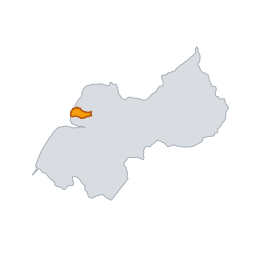 location of Demerara-Mahaica within Guyana, rotated 260°
{"feature_id": "GUY-677", "entity_name": "Demerara-Mahaica", "entity_type": "Region", "adm_level": 1, "iso_a3": "GUY", "parent_name": "Guyana", "parent_adm1": "", "projection": "mercator", "projection_center": [-58.12, 6.456], "detail": "fine", "context": "in_parent", "style": "filled", "palette": "amber", "viewbox_px": 256, "rotation_deg": 260, "n_neighbors": 0, "source": "natural_earth", "source_scale": "10m", "svg_char_len": 4604}
<svg xmlns="http://www.w3.org/2000/svg" viewBox="0 0 256 256"><g transform="rotate(260 128 128)"><path d="M77.9,119.2L72.0,112.6L66.1,106.0L60.3,99.5L59.9,98.6L62.3,95.6L64.5,93.3L66.3,92.1L67.2,91.0L66.5,86.2L66.6,84.5L65.7,82.6L65.1,80.5L65.8,78.8L66.7,77.5L67.9,77.1L70.6,76.7L72.5,76.5L73.2,75.8L74.3,75.0L75.7,74.9L78.6,75.5L79.9,74.4L82.2,73.0L87.5,70.5L88.7,68.9L89.6,66.4L89.5,65.3L88.9,64.8L87.6,64.4L85.6,64.4L84.0,65.0L82.3,64.6L80.9,63.1L80.9,61.8L81.7,60.0L81.2,58.9L78.5,55.1L78.6,54.0L80.5,52.3L81.6,50.9L83.1,47.4L84.3,46.3L87.9,45.9L88.9,45.1L90.8,43.3L93.6,41.2L97.6,39.5L98.8,36.5L99.5,35.7L102.7,34.1L103.3,33.2L103.2,32.5L98.0,25.6L99.0,26.1L103.0,30.5L105.3,31.5L105.7,31.5L105.7,30.4L107.8,30.9L113.0,33.9L120.7,38.9L131.5,48.4L134.5,52.0L136.6,53.7L139.8,57.9L140.7,59.9L140.7,67.9L137.8,73.4L137.1,77.5L137.0,82.9L135.3,86.0L137.5,84.3L138.2,79.4L140.1,76.4L142.5,73.2L145.7,72.4L149.2,73.8L152.0,74.0L154.5,75.0L159.7,80.2L164.9,84.4L166.7,87.7L172.2,89.3L175.4,92.0L176.5,94.2L177.1,100.1L176.0,109.1L176.3,109.5L174.9,111.3L174.6,112.4L173.6,114.4L172.9,115.5L174.0,117.9L175.2,118.0L175.7,118.4L176.0,118.8L175.9,119.4L175.4,119.8L174.3,120.4L173.1,121.9L173.3,123.4L172.6,124.2L170.3,124.7L165.9,124.7L163.7,124.8L162.0,125.1L160.9,126.1L159.4,126.8L158.3,126.9L157.3,128.1L156.3,129.8L156.6,131.0L157.7,132.5L158.3,134.0L157.5,136.6L156.6,138.5L156.1,140.0L155.4,142.9L153.7,146.1L152.5,147.9L152.5,149.8L153.1,152.6L156.6,156.6L157.7,158.6L158.6,161.6L161.7,164.1L163.7,166.1L163.5,168.7L163.8,169.5L165.0,170.1L166.5,170.6L168.1,170.6L169.6,170.4L169.9,170.0L173.3,170.0L173.7,170.6L173.9,174.4L174.0,175.9L174.8,176.5L175.3,177.4L175.3,178.2L175.5,180.3L176.0,181.4L175.9,183.7L176.3,184.5L177.2,185.1L178.4,186.7L178.8,186.9L179.0,187.4L180.1,189.7L180.6,190.4L180.9,190.5L181.1,191.3L181.8,193.4L182.3,194.0L183.3,195.5L183.6,197.2L184.9,199.2L186.2,200.5L186.7,201.9L188.4,205.0L189.9,207.2L192.1,207.8L193.9,208.1L195.0,208.9L196.1,209.8L194.9,210.2L193.8,210.8L192.4,210.3L190.3,210.6L188.2,211.2L186.3,211.5L182.6,210.5L181.5,210.4L180.7,210.0L179.2,208.0L178.4,207.8L176.5,208.7L174.1,209.3L172.9,209.2L171.6,209.9L170.3,210.7L167.9,214.5L166.6,215.8L165.2,216.4L162.5,216.4L159.7,216.5L157.5,217.4L155.5,217.9L154.5,218.0L154.1,220.0L153.7,221.0L153.0,221.5L151.5,221.7L150.0,221.6L149.2,220.8L147.6,220.3L146.2,220.0L145.3,219.5L144.5,219.7L143.9,220.5L143.4,221.2L143.0,222.6L140.9,223.0L140.0,223.8L140.5,226.3L140.2,227.3L139.8,228.1L137.2,228.2L135.0,228.2L133.7,229.1L132.2,230.2L131.2,230.4L130.1,230.3L128.6,229.1L127.1,227.5L123.5,226.4L119.8,225.5L117.5,223.1L116.9,221.9L115.8,221.3L112.9,218.4L111.4,216.5L109.7,216.0L107.8,215.2L107.8,213.9L107.7,212.6L106.9,212.0L105.7,211.7L105.3,211.0L105.4,209.2L105.6,204.8L105.3,200.6L102.7,199.1L101.6,198.1L99.6,191.9L98.7,189.0L98.6,186.9L99.3,180.7L100.0,178.0L102.0,172.6L103.2,170.7L103.3,169.4L103.1,167.6L102.5,164.1L105.9,161.9L107.4,161.0L107.7,159.5L109.5,157.7L110.3,155.9L111.0,154.5L110.8,153.7L110.0,153.3L109.0,152.0L107.1,148.2L106.4,147.4L105.8,146.3L106.1,144.6L106.8,142.8L106.7,142.0L105.6,141.0L103.1,139.4L101.1,139.3L99.5,138.7L97.3,138.6L95.4,138.4L94.4,137.8L94.6,136.8L95.0,136.0L96.6,134.1L97.6,132.0L97.8,130.0L98.1,127.4L98.5,125.1L98.8,122.5L96.3,120.8L95.6,119.4L94.6,118.2L93.5,118.2L91.8,117.6L89.2,119.3L87.2,119.0L85.8,119.6L82.5,119.4L80.4,118.6L77.9,119.2Z" fill="#d9dde1" stroke="#a8b0b8" stroke-width="1"/><path d="M149.2,74.2L149.3,74.2L149.5,73.8L149.7,73.7L152.1,74.0L153.8,74.8L154.4,75.3L155.2,75.9L156.2,76.9L156.4,77.0L156.4,78.6L156.5,79.0L156.7,79.4L156.9,79.8L157.0,80.1L157.0,80.3L156.9,81.1L157.0,81.2L157.0,81.4L157.3,81.8L157.2,81.9L157.0,82.1L156.8,82.1L156.6,82.0L156.4,82.0L156.2,82.0L155.8,82.1L155.7,82.2L155.7,82.5L156.0,83.3L156.0,83.5L155.9,83.9L155.9,84.1L155.7,84.3L155.5,84.5L155.3,84.6L154.5,84.7L154.1,84.8L153.9,84.9L153.7,85.1L153.1,86.0L152.9,86.3L152.6,86.4L152.4,86.5L152.2,86.7L152.0,87.0L151.8,87.3L150.3,91.1L150.3,91.5L150.2,91.9L150.3,93.4L150.5,94.7L150.1,94.7L149.9,94.6L149.0,93.7L148.0,94.0L147.5,94.3L147.2,94.3L146.4,94.0L146.8,93.3L146.9,92.9L146.8,92.6L146.5,91.9L146.4,91.6L146.1,91.1L146.0,90.7L146.0,90.4L146.3,89.9L146.5,89.5L146.6,89.1L146.6,88.8L146.6,88.6L146.2,88.2L145.9,87.9L145.7,87.6L145.5,87.1L145.5,86.8L145.5,86.6L145.5,86.4L145.9,85.7L145.9,85.4L145.9,85.2L145.7,84.6L145.6,84.0L145.6,83.8L145.6,83.7L146.0,83.1L147.0,82.2L147.3,81.8L148.8,78.9L149.1,78.2L149.0,77.8L148.8,77.2L148.7,76.7L148.7,76.3L148.7,76.0L148.8,75.7L149.2,74.2L149.2,74.2Z" fill="#f59e0b" stroke="#b45309" stroke-width="1.5"/></g></svg>